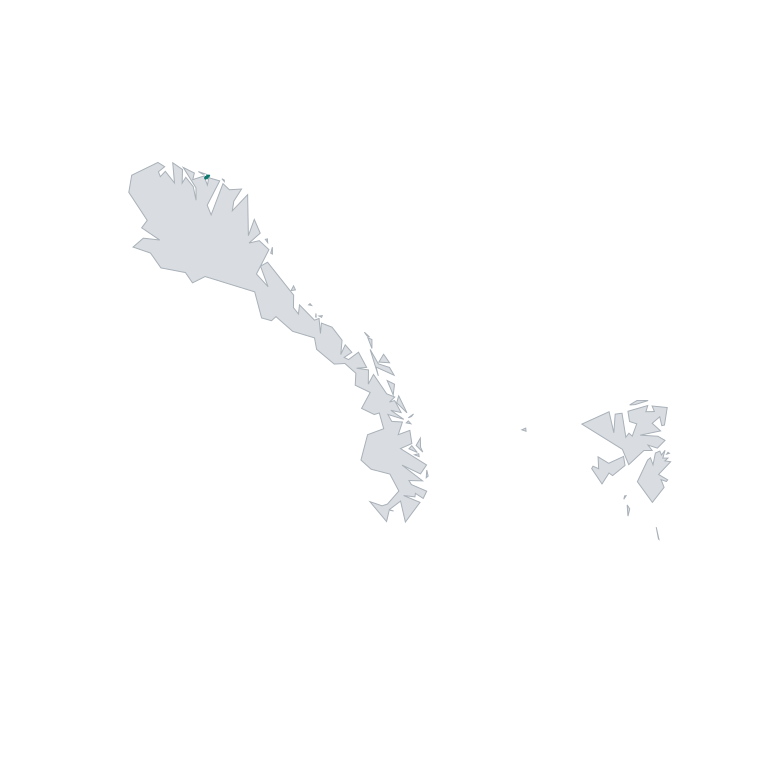 Meland nor, Norway (highlighted), rotated 113°
{"feature_id": "86288312B27116623213145", "entity_name": "Meland nor", "entity_type": "district", "adm_level": 2, "iso_a3": "NOR", "parent_name": "Norway", "parent_adm1": "", "projection": "albers", "projection_center": [5.101, 60.561], "detail": "fine", "context": "in_parent", "style": "filled", "palette": "teal", "viewbox_px": 768, "rotation_deg": 113, "n_neighbors": 0, "source": "geoboundaries", "source_scale": "gbopen_adm2", "svg_char_len": 5392}
<svg xmlns="http://www.w3.org/2000/svg" viewBox="0 0 768 768"><g transform="rotate(113 384 384)"><path d="M425.3,366.8L412.5,377.0L415.9,381.1L415.2,395.1L397.2,393.4L396.4,410.0L385.1,414.1L380.4,428.0L385.1,437.6L378.4,459.6L368.7,466.0L371.2,488.7L364.2,509.8L369.7,512.3L371.0,522.5L349.7,539.0L355.0,590.7L365.7,599.8L359.0,610.3L364.3,634.7L354.7,650.1L356.0,668.5L343.8,662.5L339.1,646.7L334.9,668.1L325.9,665.9L307.3,693.8L290.4,697.8L268.4,678.7L269.7,670.8L276.8,674.6L280.5,670.9L273.7,668.4L280.8,655.4L262.9,664.9L265.3,653.3L278.0,648.3L271.2,647.2L276.8,636.8L288.3,628.8L276.9,633.7L263.1,653.4L263.9,641.0L270.6,639.9L262.9,631.0L269.9,624.3L262.6,625.8L261.2,614.6L288.5,616.6L295.9,609.2L262.5,610.5L265.6,602.2L260.2,591.3L274.4,593.7L283.8,591.3L263.0,583.5L300.5,566.8L283.2,567.7L293.5,556.9L307.0,563.3L300.8,554.8L305.3,542.4L332.6,544.4L339.8,528.7L323.8,543.7L317.4,538.8L337.5,501.9L349.1,497.2L353.0,490.1L344.2,492.7L352.4,473.0L349.1,469.4L362.4,462.2L352.4,465.4L352.0,454.0L360.1,439.7L373.8,435.3L363.1,435.0L367.4,426.0L375.1,431.1L375.4,426.2L364.7,419.9L375.5,406.5L380.2,415.4L377.1,403.8L390.3,398.4L379.3,397.4L392.0,377.7L391.8,369.0L398.5,371.9L395.1,367.7L403.6,357.1L405.5,367.4L408.8,352.0L410.5,368.5L415.4,362.3L411.8,352.2L425.1,351.1L416.6,342.1L427.9,335.1L437.0,343.6L441.9,313.2L452.5,315.3L451.6,335.7L458.1,310.7L463.1,323.3L465.9,319.5L466.0,302.8L474.0,303.2L472.4,312.4L475.8,311.4L479.0,322.4L478.9,304.6L502.7,310.4L485.3,323.0L497.5,330.0L509.6,327.9L497.8,351.0L496.9,338.2L493.2,333.9L476.7,328.5L464.6,343.4L467.5,362.6L463.0,375.5L437.1,379.3L425.3,366.8ZM326.1,103.3L336.2,107.3L337.1,117.1L340.4,111.2L343.7,118.8L362.6,127.2L351.0,139.0L343.6,186.2L321.6,166.0L339.1,153.4L321.4,159.4L317.9,153.5L338.5,140.6L333.6,139.3L335.0,135.1L321.9,135.8L322.6,143.3L313.8,148.8L300.8,132.8L307.2,132.1L303.7,124.3L299.5,128.6L295.0,114.1L312.2,109.8L313.8,112.0L306.4,117.4L315.4,121.8L319.1,111.1L331.0,128.2L325.1,111.5L326.1,103.3ZM343.6,89.8L360.0,95.9L361.4,85.4L363.4,86.0L363.8,91.6L369.7,85.8L388.1,90.7L374.9,112.6L351.0,111.6L347.8,109.9L353.3,104.8L341.5,107.2L338.0,103.9L340.9,100.8L335.2,99.4L343.3,98.4L341.3,93.7L345.0,95.4L343.6,89.8ZM364.8,130.3L379.0,137.8L378.0,142.1L390.8,144.3L380.7,159.8L378.0,159.5L378.1,153.3L367.4,158.5L369.2,146.2L357.1,135.2L364.8,130.3ZM371.5,397.9L378.7,392.4L357.6,410.3L367.7,397.0L366.6,385.4L372.0,378.1L371.5,397.9ZM380.1,374.2L390.4,371.3L379.6,382.4L380.1,374.2ZM389.2,365.8L401.6,351.6L396.3,365.0L389.2,365.8ZM296.0,134.4L304.9,144.9L307.3,149.7L300.4,144.7L296.0,134.4ZM362.3,387.2L365.8,397.3L356.8,396.0L362.3,387.2ZM431.5,321.7L428.0,330.4L419.6,329.4L428.0,325.6L431.5,321.7ZM434.0,326.6L433.9,335.7L430.0,334.3L434.0,326.6ZM347.8,412.5L356.0,409.0L347.7,417.0L347.8,412.5ZM419.4,70.8L409.4,77.5L419.6,70.2L419.4,70.8ZM403.0,109.0L410.3,107.8L400.3,112.9L403.0,109.0ZM446.5,311.0L451.5,307.4L453.8,308.5L446.5,311.0ZM437.1,323.3L437.2,328.2L434.6,324.8L437.1,323.3ZM410.1,343.7L411.1,348.3L408.5,347.2L410.1,343.7ZM372.0,234.8L372.3,239.2L369.2,236.3L372.0,234.8ZM396.4,118.2L393.0,118.8L392.2,117.5L396.4,118.2ZM332.0,502.3L334.3,506.0L329.0,505.6L332.0,502.3ZM400.0,345.1L403.3,346.1L405.6,348.4L400.0,345.1ZM336.3,94.2L338.1,96.4L335.9,95.9L336.3,94.2ZM307.8,539.4L301.7,540.2L308.0,537.5L307.8,539.4ZM299.3,546.3L297.2,549.7L296.0,548.0L299.3,546.3ZM346.4,418.3L344.0,422.3L346.4,415.7L346.4,418.3ZM261.7,632.6L261.0,637.9L260.5,631.0L261.7,632.6ZM346.8,470.4L345.2,467.5L347.0,467.5L346.8,470.4ZM497.2,325.5L497.9,329.2L497.5,328.7L497.2,325.5ZM348.8,473.2L345.6,474.2L349.4,472.4L348.8,473.2ZM340.0,481.3L340.6,484.3L338.9,483.5L340.0,481.3ZM260.0,610.1L258.4,613.4L258.7,610.7L260.0,610.1Z" fill="#d9dde1" stroke="#a8b0b8" stroke-width="1"/><path d="M260.4,626.3L260.3,626.5L260.5,626.7L260.6,626.8L260.8,626.9L260.8,627.0L261.0,626.9L261.0,627.0L261.1,627.3L261.1,627.2L261.2,627.3L261.3,627.3L261.2,627.3L261.3,627.4L261.3,627.5L261.3,627.4L261.3,627.5L261.2,627.5L261.2,627.4L261.1,627.5L261.1,627.4L261.1,627.5L261.2,627.8L261.3,627.9L261.3,628.0L261.4,627.9L261.5,627.9L261.5,627.7L261.4,627.6L261.5,627.6L261.8,627.7L261.7,627.7L261.8,627.8L261.7,627.8L261.7,627.7L261.6,627.8L261.5,628.0L261.4,628.0L261.5,628.0L261.4,628.0L261.5,628.1L261.4,628.1L261.5,628.1L261.7,628.3L261.8,628.4L262.2,628.5L262.2,628.4L262.3,628.5L262.3,628.4L262.4,628.5L262.5,628.6L262.8,628.7L262.9,628.8L263.0,628.7L263.0,628.8L263.1,628.7L263.1,628.8L263.3,628.8L263.6,629.1L263.8,629.2L263.9,629.3L264.0,629.3L264.2,629.2L264.3,629.3L264.4,629.2L264.5,629.1L264.4,629.0L264.4,628.9L264.5,628.8L264.5,628.7L264.4,628.6L264.3,628.4L264.2,628.3L264.1,628.1L263.9,627.8L263.8,627.7L263.6,627.6L263.4,627.4L263.3,627.2L263.2,627.1L262.9,626.9L263.0,626.9L262.9,627.0L263.0,627.0L262.9,627.0L262.8,626.9L262.9,627.0L262.8,626.9L262.7,626.9L262.4,626.9L262.3,627.0L262.3,626.9L262.2,626.8L262.1,626.7L262.1,626.8L262.0,626.7L262.1,626.8L262.0,626.7L262.0,626.8L262.0,626.7L261.9,626.6L261.7,626.4L261.6,626.5L261.5,626.4L261.3,626.5L261.2,626.5L261.3,626.6L261.2,626.6L261.3,626.6L261.2,626.6L261.0,626.8L261.0,626.7L260.9,626.6L260.7,626.4L260.4,626.3L260.4,626.3ZM264.3,628.1L264.2,628.1L264.2,628.3L264.3,628.3L264.4,628.2L264.5,628.3L264.5,628.5L264.8,628.6L264.8,628.3L264.7,628.3L264.7,628.2L264.4,628.2L264.3,628.1Z" fill="#14b8a6" stroke="#0f766e" stroke-width="1.5"/></g></svg>